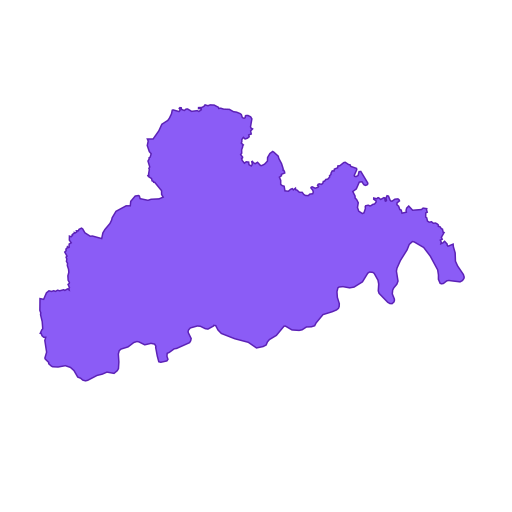 Metsi-Maholo, Mafeteng, Lesotho, rotated 187°
{"feature_id": "5366337B55767639194071", "entity_name": "Metsi-Maholo", "entity_type": "district", "adm_level": 2, "iso_a3": "LSO", "parent_name": "Lesotho", "parent_adm1": "Mafeteng", "projection": "orthographic", "projection_center": [27.155, -29.616], "detail": "fine", "context": "isolated", "style": "filled", "palette": "violet", "viewbox_px": 512, "rotation_deg": 187, "n_neighbors": 0, "source": "geoboundaries", "source_scale": "gbopen_adm2", "svg_char_len": 6107}
<svg xmlns="http://www.w3.org/2000/svg" viewBox="0 0 512 512"><g transform="rotate(187 256 256)"><path d="M356.1,390.9L356.9,390.5L357.2,386.8L358.8,382.1L360.1,379.8L365.5,375.3L367.7,368.4L372.4,359.6L378.1,358.9L377.0,357.0L377.4,352.4L374.6,346.6L372.5,344.7L373.1,341.2L374.1,340.4L373.9,339.2L374.8,337.1L372.3,331.4L373.0,329.9L372.4,328.8L372.6,324.2L372.2,323.1L373.1,322.7L372.5,321.8L369.1,320.1L368.3,317.9L367.1,317.6L366.5,316.7L365.5,316.8L357.7,309.3L357.2,305.6L355.3,303.1L359.2,300.9L367.1,299.5L370.0,298.1L378.0,298.8L379.1,301.3L380.0,301.7L383.2,300.8L387.0,295.0L386.9,290.5L391.0,290.0L400.4,283.3L403.4,276.5L403.7,274.0L404.9,270.5L409.2,263.9L410.8,260.3L411.3,254.5L420.8,255.9L422.9,255.4L428.7,258.2L431.3,261.7L432.6,262.4L434.9,260.9L435.4,259.4L437.3,259.1L436.8,258.2L438.1,256.9L439.2,257.2L439.1,256.5L440.6,255.3L441.1,254.5L440.7,254.1L441.8,252.6L443.6,253.0L443.2,249.0L441.0,246.6L442.9,245.1L442.6,241.8L443.3,241.5L444.3,242.2L444.5,240.8L445.5,239.7L445.1,238.1L446.3,236.6L443.6,232.9L444.4,231.7L443.4,230.0L443.5,227.5L442.2,225.9L442.1,223.5L440.5,220.1L439.8,217.0L440.3,213.4L439.5,209.0L438.0,207.0L438.0,206.0L439.1,204.9L437.3,201.9L437.8,200.9L437.3,199.5L439.1,200.4L441.5,198.5L442.7,199.1L446.7,197.5L448.7,197.9L450.8,196.4L452.5,196.9L454.6,195.9L457.3,196.2L459.5,193.9L461.5,187.1L465.2,187.4L463.9,175.7L462.7,173.3L462.7,171.5L460.2,164.8L458.8,157.7L459.6,156.6L460.7,153.0L459.9,153.0L458.6,150.7L456.8,149.5L454.8,149.7L455.3,146.4L452.1,135.0L453.1,129.0L452.7,128.1L448.8,125.1L448.6,123.8L445.7,121.8L444.4,121.3L438.9,121.7L431.9,123.9L426.6,122.8L422.7,120.1L418.2,114.1L415.2,113.3L412.8,111.7L410.0,111.3L407.9,112.1L399.2,118.1L394.2,120.0L389.8,122.6L382.6,122.2L379.7,125.3L378.8,127.5L379.2,134.1L380.7,142.0L380.2,145.4L378.6,147.2L371.9,150.2L366.8,155.2L363.8,156.6L361.8,156.5L355.6,154.3L349.6,156.5L345.9,156.2L344.4,154.3L344.4,152.9L341.8,144.7L339.6,139.2L337.6,138.9L331.7,141.0L330.8,142.7L332.2,145.7L332.3,148.6L330.5,149.6L325.9,153.9L323.5,154.6L311.4,161.9L310.5,163.9L310.3,166.2L313.9,171.7L314.2,172.8L313.9,174.5L312.4,176.6L305.7,179.4L302.7,179.5L297.5,177.7L294.8,177.6L289.8,181.2L289.5,182.0L287.5,182.0L284.7,177.9L281.0,174.9L267.0,171.3L253.1,169.4L244.3,164.8L237.9,167.0L235.1,168.9L234.2,172.1L232.5,174.7L226.1,179.7L219.6,189.8L218.2,190.0L211.3,187.0L204.1,187.4L201.2,188.4L197.3,191.7L192.4,192.5L189.3,193.9L188.2,196.9L182.4,206.0L173.5,210.0L169.5,212.3L167.8,214.1L167.3,216.0L167.5,218.8L170.2,224.8L171.3,230.4L170.8,234.5L169.6,235.4L165.9,236.2L159.2,235.8L154.9,237.1L147.2,243.3L143.0,252.5L141.4,253.9L138.1,254.0L136.6,253.2L132.0,246.9L130.8,243.1L130.4,236.3L129.3,233.9L119.6,226.1L117.2,225.1L115.1,225.3L113.5,227.2L113.2,228.6L113.4,230.1L116.1,235.0L116.2,238.8L115.4,241.1L112.8,245.1L112.0,248.4L114.8,258.1L114.6,261.1L112.1,269.2L106.8,280.5L105.3,286.2L102.5,289.4L100.8,289.3L90.6,284.9L83.0,277.1L74.0,264.4L72.6,259.4L72.1,255.1L69.9,251.3L68.4,251.0L66.6,251.6L63.6,254.6L61.7,255.2L50.3,255.2L48.1,256.8L46.9,259.0L46.8,260.4L47.9,262.9L54.7,270.7L57.4,275.1L58.7,283.3L61.2,289.2L61.8,291.8L66.6,289.1L67.6,290.1L67.7,291.1L70.6,293.6L72.2,291.7L74.0,290.7L73.8,292.3L75.0,294.2L73.2,295.3L74.3,297.1L72.2,302.2L73.1,302.3L74.2,305.4L75.3,305.7L77.0,307.5L78.6,307.6L78.8,309.0L79.8,309.8L81.8,310.6L84.0,310.1L86.0,311.4L88.1,310.6L90.1,311.6L91.2,314.7L92.3,315.3L92.7,318.8L92.6,319.7L91.4,320.3L92.4,322.7L92.3,323.8L96.0,323.9L97.4,322.3L106.1,320.5L110.5,324.2L112.3,321.9L112.6,319.6L112.1,317.8L116.3,316.3L117.5,319.3L118.9,319.6L120.5,322.8L122.4,324.1L122.5,325.9L120.3,328.2L120.9,329.3L122.1,330.0L125.1,329.3L127.5,327.1L128.6,326.9L129.7,327.7L131.8,331.6L133.3,331.8L134.0,329.5L133.3,326.9L134.0,326.2L134.5,326.4L135.4,329.4L136.2,329.5L139.1,327.3L141.5,328.8L142.4,328.5L143.1,327.5L146.2,327.9L146.1,326.7L143.4,325.2L143.4,324.1L144.7,322.0L146.3,321.5L148.1,319.9L149.1,319.6L150.8,320.1L153.3,319.2L153.6,318.3L153.2,316.4L154.1,312.0L155.6,311.1L159.5,313.0L161.2,316.5L161.0,321.3L163.1,324.4L164.7,325.6L165.0,327.6L167.8,331.8L164.6,334.8L162.5,341.9L159.9,342.6L157.7,340.0L156.1,339.4L154.5,340.1L153.8,341.2L154.0,342.1L162.3,352.7L164.0,352.3L164.5,348.3L166.4,347.0L167.9,347.1L168.3,348.1L166.5,354.0L166.9,355.2L172.9,356.5L173.8,358.0L175.1,358.0L178.9,359.9L180.3,359.4L183.8,355.8L185.7,355.4L185.7,353.5L188.8,351.8L188.9,349.9L190.7,349.8L191.6,347.5L191.6,345.9L192.8,344.7L192.5,343.4L194.2,341.0L196.0,340.5L197.1,338.6L198.3,338.2L198.4,336.7L199.6,335.1L202.0,335.3L203.1,334.7L203.5,333.5L202.4,332.8L202.8,331.8L205.5,330.5L208.5,331.5L209.4,331.2L209.8,330.3L207.7,328.2L206.9,326.5L207.3,324.7L210.1,324.0L211.5,322.3L214.4,322.1L216.1,322.9L217.9,324.8L220.7,324.5L223.3,326.4L224.7,326.6L225.1,328.1L227.0,326.2L228.2,327.3L229.8,326.4L231.8,324.2L235.2,324.2L236.6,328.7L238.7,329.1L240.2,330.1L240.7,334.1L242.4,337.1L240.5,338.8L240.8,340.1L237.6,341.9L238.0,343.2L238.9,344.5L239.5,344.4L239.8,346.2L241.9,350.8L245.3,355.7L246.1,357.8L250.9,361.2L252.2,361.8L254.7,359.4L256.5,355.2L256.2,351.6L258.7,348.2L261.4,346.4L262.6,346.4L265.9,349.2L268.1,347.5L270.0,348.3L271.1,349.5L271.7,349.1L270.8,346.6L271.7,344.8L274.1,345.8L274.7,348.3L277.2,348.3L278.8,346.7L281.3,349.1L282.2,351.2L281.4,351.6L281.3,352.5L283.6,354.8L282.7,356.3L283.2,359.7L282.5,362.9L282.8,363.7L282.1,364.7L284.3,366.2L284.0,368.1L284.3,369.8L283.0,372.2L281.1,370.8L278.8,371.9L277.3,373.5L278.0,375.3L275.6,376.5L276.6,379.5L274.9,381.7L276.6,382.4L277.2,383.5L276.8,391.6L278.3,393.5L281.1,394.5L283.1,394.2L283.6,393.7L283.6,392.0L284.5,391.3L285.4,391.3L286.6,392.0L287.8,394.6L289.1,395.4L292.8,396.4L296.0,396.5L300.3,398.3L305.9,397.8L309.0,398.4L311.0,397.9L311.4,399.0L315.9,400.7L319.9,400.4L322.0,399.3L325.0,399.8L325.9,398.2L327.9,396.8L331.1,396.3L331.0,395.3L328.3,395.6L328.1,394.5L330.3,392.5L332.1,393.1L337.5,391.7L341.8,393.6L343.3,393.3L344.9,391.7L347.7,392.4L348.3,394.0L349.6,394.0L350.2,393.2L349.4,392.4L349.2,391.2L350.0,390.0L356.1,390.9Z" fill="#8b5cf6" stroke="#5b21b6" stroke-width="1.5"/></g></svg>